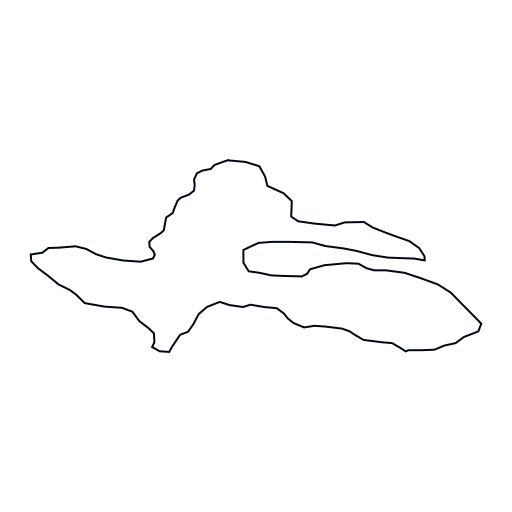 Norrköping, Östergötland, Sweden
{"feature_id": "70781695B31876776123918", "entity_name": "Norrköping", "entity_type": "district", "adm_level": 2, "iso_a3": "SWE", "parent_name": "Sweden", "parent_adm1": "Östergötland", "projection": "natural_earth1", "projection_center": [16.286, 58.655], "detail": "fine", "context": "isolated", "style": "outline", "palette": "ink", "viewbox_px": 512, "rotation_deg": 0, "n_neighbors": 0, "source": "geoboundaries", "source_scale": "gbopen_adm2", "svg_char_len": 1769}
<svg xmlns="http://www.w3.org/2000/svg" viewBox="0 0 512 512"><path d="M169.3,351.9L171.9,347.0L180.1,334.8L188.2,331.7L193.5,323.9L198.7,314.1L206.9,307.0L219.7,301.9L229.6,305.1L243.0,307.0L250.5,304.7L263.9,307.0L276.7,308.2L283.7,313.3L287.8,318.4L293.6,323.1L304.1,327.4L314.6,325.8L325.7,326.6L342.0,328.6L349.5,331.3L354.8,334.8L363.5,339.9L382.2,342.3L392.1,343.1L400.2,347.8L405.7,351.4L408.6,350.2L422.2,350.2L434.4,349.7L444.2,345.6L455.6,343.1L463.9,337.0L478.3,331.4L481.3,323.7L474.4,316.6L462.3,304.4L450.9,292.7L438.0,284.5L421.3,278.4L404.6,272.8L385.7,270.3L374.3,270.3L366.8,268.3L358.4,263.7L346.3,263.2L324.4,265.2L310.0,269.3L307.0,273.9L301.7,276.4L282.0,275.9L271.4,275.4L259.3,272.8L248.7,271.3L243.4,262.7L243.4,250.0L251.7,246.0L258.5,242.9L271.4,241.9L290.3,241.9L312.2,242.4L325.1,246.0L344.0,248.5L356.9,251.0L372.0,255.1L387.9,257.6L414.4,258.6L424.7,260.4L424.5,256.3L419.2,248.1L409.3,241.1L393.6,235.6L384.3,232.1L372.6,227.5L363.9,222.0L344.7,222.4L334.9,225.5L314.5,223.6L298.2,221.3L291.2,216.6L291.8,201.1L283.7,193.3L267.4,185.9L265.1,176.6L262.6,172.1L259.3,166.2L245.3,161.9L228.5,160.4L228.3,160.1L222.3,162.1L214.5,165.0L210.7,169.0L202.6,170.5L197.0,173.2L194.0,179.6L194.7,184.9L194.0,190.6L189.2,194.5L180.6,197.8L177.6,200.7L174.6,207.7L172.8,212.9L166.1,217.6L163.8,230.3L160.8,233.1L153.0,238.0L149.3,241.8L149.6,246.8L153.4,251.2L154.8,254.7L153.0,258.5L140.7,261.7L123.2,260.5L106.1,257.5L96.0,254.2L86.4,249.0L75.6,246.3L58.5,247.7L48.4,248.0L42.4,252.7L30.7,254.5L31.3,261.3L38.2,268.4L48.1,275.8L58.5,284.4L70.1,290.2L76.0,294.5L84.7,303.1L104.4,306.6L121.9,307.8L132.4,311.7L139.3,321.1L148.6,328.2L153.9,333.3L154.4,342.3L152.1,347.0L159.7,351.3L169.3,351.9Z" fill="none" stroke="#020617" stroke-width="2"/></svg>